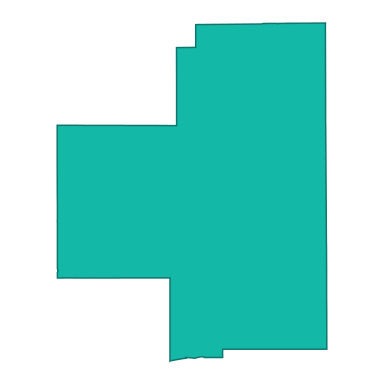 Tatiara, South Australia, Australia
{"feature_id": "25037944B1672021896244", "entity_name": "Tatiara", "entity_type": "district", "adm_level": 2, "iso_a3": "AUS", "parent_name": "Australia", "parent_adm1": "South Australia", "projection": "robinson", "projection_center": [140.706, -36.222], "detail": "fine", "context": "isolated", "style": "filled", "palette": "teal", "viewbox_px": 384, "rotation_deg": 0, "n_neighbors": 0, "source": "geoboundaries", "source_scale": "gbopen_adm2", "svg_char_len": 4138}
<svg xmlns="http://www.w3.org/2000/svg" viewBox="0 0 384 384"><path d="M325.5,23.0L325.3,23.0L325.0,23.0L324.6,23.1L324.3,23.1L323.9,23.1L323.7,23.1L323.4,23.1L323.2,23.1L322.8,23.1L322.5,23.1L322.1,23.1L321.8,23.1L321.3,23.1L321.1,23.1L320.9,23.1L320.7,23.1L320.3,23.1L319.8,23.1L319.4,23.1L319.2,23.1L318.9,23.1L318.7,23.1L318.4,23.1L318.1,23.1L317.7,23.1L317.2,23.1L316.7,23.1L315.9,23.1L315.3,23.1L315.0,23.1L314.7,23.1L314.3,23.1L314.2,23.1L313.9,23.1L313.7,23.1L313.2,23.1L312.8,23.1L312.3,23.2L312.2,23.2L311.7,23.2L311.4,23.2L311.2,23.2L310.9,23.1L310.7,23.1L310.2,23.2L309.9,23.2L309.6,23.2L309.0,23.2L308.9,23.2L308.5,23.2L308.3,23.2L308.0,23.2L307.7,23.2L307.4,23.2L307.1,23.2L306.9,23.2L306.7,23.2L306.4,23.2L306.2,23.2L305.6,23.2L305.2,23.2L304.7,23.2L304.3,23.2L304.2,23.2L303.9,23.2L303.7,23.2L303.4,23.2L303.1,23.2L302.9,23.2L302.7,23.2L302.2,23.2L301.9,23.2L301.7,23.2L301.1,23.2L300.7,23.2L300.2,23.2L299.9,23.2L299.7,23.2L299.3,23.2L299.1,23.2L298.9,23.2L298.6,23.3L298.2,23.2L297.9,23.3L297.6,23.3L297.4,23.3L297.0,23.3L296.8,23.3L296.5,23.3L296.4,23.3L296.2,23.3L295.8,23.3L295.5,23.3L295.0,23.3L294.6,23.3L294.2,23.3L293.8,23.3L293.7,23.3L293.4,23.3L293.2,23.3L292.6,23.3L292.4,23.3L292.2,23.3L291.9,23.3L291.7,23.3L291.4,23.3L291.2,23.3L290.7,23.3L290.2,23.3L289.9,23.3L289.7,23.3L289.4,23.3L289.2,23.3L288.9,23.3L288.7,23.3L288.4,23.3L287.9,23.3L287.4,23.3L287.0,23.3L286.9,23.3L286.7,23.4L286.4,23.3L286.1,23.4L285.9,23.3L285.7,23.3L285.4,23.3L285.1,23.4L284.8,23.4L284.6,23.4L284.2,23.4L283.5,23.4L283.3,23.4L282.9,23.4L282.5,23.4L282.1,23.4L281.9,23.4L281.5,23.4L280.9,23.4L280.6,23.4L280.2,23.4L279.9,23.4L279.6,23.4L279.1,23.4L278.9,23.4L278.7,23.4L278.3,23.5L278.1,23.8L277.8,23.6L277.4,23.5L277.1,23.5L276.8,23.5L276.7,23.5L276.4,23.5L276.1,23.4L275.8,23.4L275.6,23.4L275.3,23.4L275.2,23.4L274.9,23.4L274.6,23.4L274.4,23.4L273.8,23.4L273.4,23.4L272.9,23.4L272.7,23.4L272.4,23.4L272.1,23.4L271.7,23.4L271.2,23.4L270.8,23.4L270.6,23.4L270.2,23.4L269.9,23.4L269.4,23.5L269.2,23.4L268.7,23.4L268.4,23.5L267.9,23.5L267.4,23.4L267.1,23.5L266.8,23.5L266.7,23.5L266.3,23.5L265.9,23.5L265.7,23.5L265.2,23.5L264.9,23.5L264.4,23.5L263.9,23.5L263.4,23.5L262.9,23.5L262.6,23.6L262.3,23.8L262.0,24.0L229.2,24.3L195.7,24.6L195.7,47.4L183.2,47.5L176.5,47.6L176.6,87.2L176.6,125.6L170.0,125.6L156.9,125.5L140.9,125.5L135.9,125.5L128.9,125.5L128.7,125.5L128.3,125.5L120.3,125.4L117.7,125.4L108.8,125.4L99.4,125.4L92.3,125.4L86.5,125.4L76.0,125.3L69.0,125.3L57.2,125.3L57.2,145.2L57.2,149.0L57.2,161.1L57.3,195.6L57.4,203.1L57.4,218.2L57.3,222.0L57.4,223.3L57.4,241.0L57.4,253.1L57.4,268.9L57.4,269.0L57.6,269.2L57.8,269.3L57.8,269.6L57.7,269.8L57.7,270.0L57.9,270.4L58.0,270.5L57.7,271.1L57.7,271.3L57.8,271.6L57.6,272.1L57.3,272.7L57.3,272.9L57.4,273.2L57.5,273.5L57.5,273.8L57.4,274.0L57.4,275.3L57.5,275.7L57.4,275.9L57.4,276.1L57.4,277.7L57.4,277.9L57.4,278.0L59.3,278.0L68.8,277.9L76.9,278.0L82.0,278.0L91.7,278.0L92.2,277.9L93.9,277.9L94.0,278.0L96.9,278.0L105.8,278.0L110.2,278.0L117.7,278.0L122.1,277.9L129.9,277.9L132.6,277.9L144.2,277.9L149.8,277.9L150.6,277.9L151.1,277.9L151.7,277.9L151.8,277.9L152.2,277.9L153.1,277.9L161.1,277.9L170.0,277.9L170.0,303.6L170.0,304.1L170.0,304.3L170.0,304.5L170.0,310.2L170.0,311.6L170.0,332.8L170.0,345.4L170.0,345.5L170.0,350.5L170.0,357.1L170.0,358.6L170.0,361.0L170.1,360.9L177.4,359.5L178.1,359.4L179.9,359.1L185.3,358.2L185.3,358.3L186.2,358.2L185.9,357.5L185.9,357.4L190.5,357.8L194.8,358.2L199.3,357.1L200.4,356.8L203.7,356.8L204.2,357.5L213.1,357.5L222.6,357.5L222.7,357.4L222.6,355.7L222.6,351.6L222.7,349.2L226.8,349.2L230.8,349.2L242.2,349.2L242.5,349.2L245.8,349.2L252.3,349.2L259.2,349.2L265.2,349.2L272.5,349.2L275.2,349.2L280.5,349.2L285.1,349.2L289.3,349.2L297.0,349.2L302.6,349.2L302.8,349.2L304.8,349.2L311.8,349.2L312.0,349.2L317.7,349.2L322.4,349.2L322.7,349.2L322.9,349.2L326.7,349.2L326.8,349.2L326.8,347.8L326.7,307.8L326.6,298.8L326.6,290.1L326.6,285.2L326.6,271.9L326.5,248.0L326.5,245.7L326.5,245.4L326.4,243.2L326.2,204.2L325.7,125.9L325.6,120.1L325.6,112.4L325.6,100.6L325.4,25.3L325.5,23.0Z" fill="#14b8a6" stroke="#0f766e" stroke-width="1.5"/></svg>